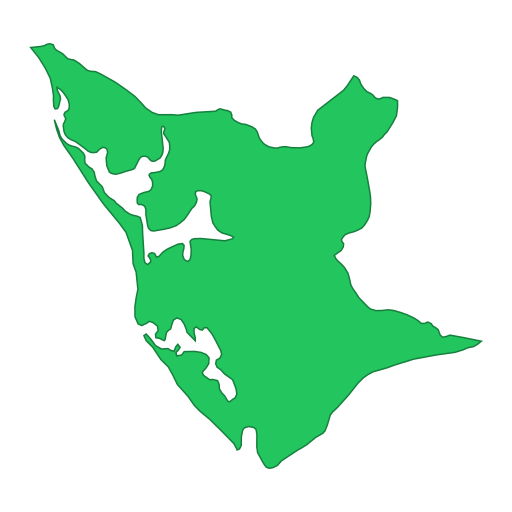 outline of Etimbouè, Ogooué-Maritime, Gabon
{"feature_id": "22940354B22587364924270", "entity_name": "Etimbouè", "entity_type": "district", "adm_level": 2, "iso_a3": "GAB", "parent_name": "Gabon", "parent_adm1": "Ogooué-Maritime", "projection": "robinson", "projection_center": [9.502, -1.676], "detail": "fine", "context": "isolated", "style": "filled", "palette": "green", "viewbox_px": 512, "rotation_deg": 0, "n_neighbors": 0, "source": "geoboundaries", "source_scale": "gbopen_adm2", "svg_char_len": 6001}
<svg xmlns="http://www.w3.org/2000/svg" viewBox="0 0 512 512"><path d="M481.3,341.2L463.1,337.5L449.9,335.1L446.9,336.3L442.7,337.3L440.1,334.9L438.2,329.7L435.7,327.7L432.8,326.1L431.3,323.7L427.7,322.0L424.8,323.4L421.3,323.4L418.2,320.7L413.9,318.0L407.1,314.8L401.3,312.7L393.8,310.5L388.3,309.8L382.0,310.5L375.9,310.6L370.4,309.0L367.7,306.8L358.9,297.7L356.4,293.7L352.7,288.5L350.8,284.8L349.7,279.6L348.0,273.3L344.4,267.4L341.6,264.3L338.4,261.5L336.1,259.0L334.2,255.4L341.1,250.5L343.3,246.9L343.6,243.6L342.3,242.1L341.4,240.0L342.2,238.2L344.8,234.9L348.4,233.2L353.6,231.8L357.9,230.1L361.9,228.0L364.7,224.8L367.4,220.5L369.2,216.7L370.1,211.5L370.7,204.0L370.5,196.9L369.7,191.3L367.6,179.4L365.0,166.3L365.2,163.4L366.7,156.0L368.0,152.9L371.4,146.9L373.3,144.6L376.2,141.9L379.4,139.7L382.6,137.0L384.3,134.6L387.1,131.8L392.6,123.1L396.4,115.9L397.4,108.6L397.6,105.0L397.5,100.7L393.9,99.0L389.3,97.4L383.0,97.4L379.9,98.9L377.3,98.9L375.0,97.5L372.7,94.9L370.1,93.1L367.1,91.8L363.7,88.4L360.9,84.2L359.4,80.0L357.1,77.4L353.8,75.8L347.4,85.5L343.5,90.3L317.8,110.2L313.6,117.2L311.9,122.9L311.3,128.2L312.0,135.7L313.0,138.2L313.8,142.0L312.3,144.3L309.4,146.1L306.6,146.9L299.6,147.9L291.0,147.6L285.9,146.7L282.7,146.8L279.4,147.4L277.4,148.1L274.2,147.9L268.9,146.8L265.5,144.9L263.5,143.5L260.9,140.4L259.2,137.8L257.2,131.8L255.3,129.0L252.0,126.8L245.7,124.4L241.5,123.9L238.2,122.5L234.5,120.5L231.8,117.7L231.8,115.0L230.7,112.1L227.2,110.5L225.3,110.3L220.2,108.8L217.9,109.6L215.8,111.2L196.0,112.4L178.1,115.2L172.6,114.7L158.3,114.7L152.1,112.4L145.8,108.1L141.5,103.2L134.9,96.4L126.6,90.1L115.3,82.2L101.2,74.3L95.5,71.6L90.8,71.3L87.8,70.6L85.4,68.8L79.2,63.3L75.4,60.9L73.6,59.9L70.2,59.4L67.7,58.7L62.7,53.8L56.4,50.1L54.7,48.5L53.2,44.7L49.8,43.7L46.3,44.5L44.4,45.7L40.4,46.5L30.7,47.5L38.8,57.7L45.5,68.5L50.3,78.4L52.4,88.1L53.5,95.6L53.4,100.6L53.9,106.6L55.2,109.0L57.4,108.6L58.6,106.6L60.5,98.8L60.1,96.0L57.3,90.2L57.1,87.3L60.6,89.7L63.2,92.3L68.0,99.4L69.3,104.3L69.2,107.8L68.5,109.8L66.7,111.3L65.1,112.2L64.1,114.1L64.1,115.4L65.2,117.4L65.7,118.9L64.6,121.9L63.4,124.0L63.3,126.8L64.1,131.7L65.2,134.5L67.7,137.6L70.8,139.6L75.6,141.6L86.1,149.4L88.1,151.2L91.5,152.6L94.0,152.6L96.7,152.2L99.5,149.3L102.6,147.4L105.2,147.7L107.0,149.4L107.6,152.6L106.1,157.9L106.8,165.7L109.3,171.9L110.7,173.1L113.6,174.0L116.1,174.2L120.6,173.1L126.3,171.2L132.2,169.6L134.5,168.4L138.9,159.7L140.6,157.3L143.0,156.2L144.8,156.2L147.5,156.9L149.8,159.5L151.2,160.9L152.9,161.3L155.0,161.0L160.0,158.1L161.8,155.3L162.8,152.5L163.2,148.6L161.4,132.3L161.4,129.9L161.8,126.9L162.9,126.3L164.0,126.8L164.8,128.2L164.6,129.7L163.7,132.0L163.7,133.5L169.3,142.3L169.8,146.7L169.6,150.0L168.8,152.7L165.4,159.9L164.9,164.9L163.7,168.1L162.2,170.2L160.1,171.5L155.2,172.5L151.4,172.9L149.5,174.1L149.1,175.3L150.0,177.4L151.8,179.5L152.6,182.5L152.6,186.2L150.9,189.8L148.7,191.4L143.9,192.5L139.1,194.4L137.4,197.1L137.1,199.6L137.3,203.0L138.6,204.5L141.7,204.5L144.7,206.2L145.9,209.5L145.9,214.6L147.6,225.4L148.6,228.4L151.0,230.6L153.8,231.0L163.3,229.4L170.1,227.9L176.3,225.6L180.4,222.7L184.1,219.6L186.6,216.4L191.7,208.6L194.5,206.0L196.5,202.2L197.1,198.9L195.4,194.8L195.5,192.0L197.4,190.7L201.4,190.7L204.5,191.7L208.9,193.7L211.3,195.7L210.8,199.0L210.0,201.7L211.3,216.2L212.9,222.9L215.3,226.7L217.8,230.1L221.7,232.8L230.2,235.4L233.6,237.0L232.5,238.8L224.9,240.8L200.9,238.5L194.3,238.7L191.7,239.5L190.0,241.4L191.2,249.3L191.0,255.3L190.1,259.4L188.0,261.5L184.4,259.8L182.7,255.6L182.9,252.0L183.8,248.9L184.1,245.5L182.5,243.5L178.1,244.1L169.8,247.9L166.5,249.6L162.7,252.3L159.2,256.2L156.6,257.2L154.6,253.5L151.9,252.7L149.4,253.7L148.1,255.9L150.4,259.1L150.7,261.9L147.6,264.6L144.9,262.6L143.9,258.5L143.9,253.3L142.6,232.5L142.4,225.4L140.2,217.5L136.9,216.1L133.1,215.3L130.1,214.3L125.5,211.3L122.1,207.8L116.1,203.1L114.3,200.7L109.0,197.4L104.4,192.6L102.3,186.8L96.5,180.9L95.0,176.2L94.2,172.2L91.9,168.8L88.9,167.0L85.0,163.1L84.7,159.8L84.8,155.9L83.3,153.1L78.5,148.4L75.6,147.0L71.5,145.9L68.7,144.9L66.2,143.2L61.8,138.7L60.1,135.7L58.5,129.9L54.3,119.7L56.6,129.1L59.6,137.6L64.0,145.7L73.2,158.8L88.3,182.6L103.6,204.1L119.8,223.8L126.1,232.5L132.5,250.5L133.1,263.8L136.1,272.0L137.9,289.3L136.3,297.0L134.9,306.7L135.0,316.7L138.1,323.9L141.8,325.6L146.9,323.1L149.3,321.4L152.7,322.4L157.4,326.0L158.2,330.6L155.5,334.2L155.9,337.8L159.5,338.3L164.2,340.7L165.1,339.6L166.4,332.7L168.3,330.5L170.6,329.0L171.9,324.4L173.4,320.1L176.9,317.9L181.1,319.5L184.1,323.9L186.1,328.8L187.1,332.4L195.3,340.8L195.3,338.0L194.1,332.9L194.0,328.5L196.2,326.9L199.8,329.5L202.3,330.1L204.3,327.7L207.0,327.7L211.8,333.7L214.5,338.4L220.8,350.6L221.6,354.6L219.8,358.2L216.4,360.1L215.7,363.8L217.1,367.2L220.7,369.7L224.6,374.0L232.6,379.7L236.1,388.9L236.8,394.2L235.0,398.0L232.9,399.2L229.7,401.7L227.9,401.3L224.5,395.7L221.9,393.1L219.4,388.9L219.1,384.2L217.5,380.6L213.0,379.5L209.6,379.7L203.5,375.3L202.2,372.3L206.2,367.8L208.8,363.5L209.0,357.8L206.2,354.5L201.1,352.4L194.5,351.4L184.2,351.6L181.7,355.0L176.7,355.9L176.0,352.5L178.4,350.1L180.1,347.3L177.8,344.3L175.8,346.8L173.9,351.4L169.9,349.9L168.1,348.6L161.5,349.0L155.5,345.6L150.7,339.0L146.2,334.0L143.9,335.6L146.2,340.7L152.7,347.2L161.0,359.7L168.3,366.9L173.0,375.4L177.5,384.7L187.9,396.2L194.3,405.4L200.3,411.5L209.7,419.3L222.0,431.4L233.9,443.6L236.9,449.1L237.0,449.9L239.5,449.0L241.2,445.5L241.4,436.4L242.7,430.1L244.4,427.8L248.7,426.5L253.8,427.5L256.1,429.5L256.9,434.7L256.8,446.8L257.6,452.6L262.6,461.8L264.3,464.6L266.3,467.2L269.3,468.3L273.0,467.6L277.4,465.4L281.4,460.9L297.6,450.1L301.3,448.1L306.7,444.7L315.7,437.4L322.8,433.3L324.9,431.0L327.2,425.4L330.3,415.0L332.9,411.7L337.8,407.1L348.7,394.9L357.7,383.5L363.2,377.9L367.7,374.7L373.1,371.8L387.1,367.8L394.5,365.1L413.4,359.2L437.1,354.8L454.7,352.4L463.2,349.8L467.6,347.8L473.3,346.7L477.4,344.4L481.3,341.2Z" fill="#22c55e" stroke="#15803d" stroke-width="1.5"/></svg>